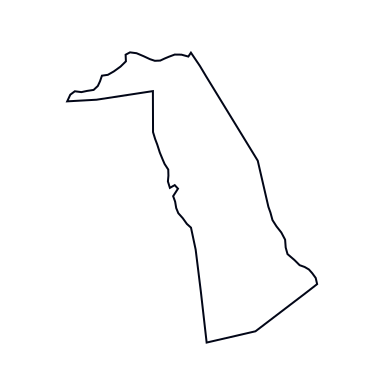 Granjeiro, Ceará, Brazil (Mercator projection), rotated 77°
{"feature_id": "56859067B11059555749091", "entity_name": "Granjeiro", "entity_type": "district", "adm_level": 2, "iso_a3": "BRA", "parent_name": "Brazil", "parent_adm1": "Ceará", "projection": "mercator", "projection_center": [-39.273, -6.924], "detail": "fine", "context": "isolated", "style": "outline", "palette": "ink", "viewbox_px": 384, "rotation_deg": 77, "n_neighbors": 0, "source": "geoboundaries", "source_scale": "gbopen_adm2", "svg_char_len": 1018}
<svg xmlns="http://www.w3.org/2000/svg" viewBox="0 0 384 384"><g transform="rotate(77 192 192)"><path d="M342.0,211.6L342.0,200.3L342.0,170.4L342.0,161.5L315.1,102.0L309.9,90.8L303.6,90.8L298.2,93.1L293.8,95.5L290.4,99.1L287.5,103.6L281.3,107.5L274.0,112.9L267.2,113.2L259.4,112.0L251.5,114.1L244.5,117.4L237.5,119.9L229.7,120.2L223.7,120.9L187.7,120.9L176.3,120.9L82.6,152.2L71.1,155.9L56.0,161.7L59.2,165.1L55.8,171.4L54.2,177.9L55.0,184.0L55.8,188.7L56.8,193.4L55.8,198.7L53.1,203.1L48.8,208.6L44.3,214.8L42.0,221.0L43.3,225.8L49.8,227.0L53.7,233.4L56.9,241.0L58.9,247.6L58.4,253.6L63.4,256.7L67.5,259.9L70.4,264.9L69.9,271.5L69.8,277.3L67.5,283.5L69.8,288.7L75.6,293.2L80.6,264.3L84.9,207.4L124.9,216.5L132.0,216.0L137.9,215.2L146.3,214.5L153.6,213.3L158.5,212.4L164.8,210.1L170.8,211.3L176.3,213.1L183.0,212.6L181.4,207.3L185.6,204.9L191.8,211.3L197.6,210.6L204.1,211.0L209.6,210.1L215.4,206.9L221.9,204.2L226.5,201.0L249.0,201.4L291.2,205.8L342.0,211.6Z" fill="none" stroke="#020617" stroke-width="2"/></g></svg>